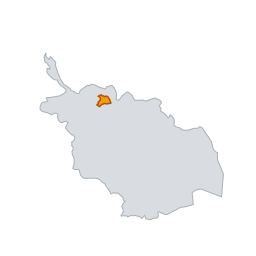 where Laghman sits in Afghanistan, rotated 254°
{"feature_id": "AFG-1770", "entity_name": "Laghman", "entity_type": "Province", "adm_level": 1, "iso_a3": "AFG", "parent_name": "Afghanistan", "parent_adm1": "", "projection": "equal_earth", "projection_center": [70.121, 34.819], "detail": "fine", "context": "in_parent", "style": "filled", "palette": "amber", "viewbox_px": 256, "rotation_deg": 254, "n_neighbors": 0, "source": "natural_earth", "source_scale": "10m", "svg_char_len": 4778}
<svg xmlns="http://www.w3.org/2000/svg" viewBox="0 0 256 256"><g transform="rotate(254 128 128)"><path d="M113.5,67.7L118.1,67.2L121.2,67.8L122.8,69.5L124.4,70.0L126.0,69.1L127.0,69.0L127.4,69.5L128.2,69.8L129.4,69.7L130.0,70.1L130.2,71.2L131.1,72.5L132.7,74.0L134.1,74.4L136.0,73.2L136.6,73.3L136.9,72.9L137.1,72.0L138.2,71.2L140.3,70.4L141.5,69.7L141.9,69.1L142.6,69.0L143.4,69.1L143.9,68.9L144.3,68.1L145.1,67.8L145.7,68.0L148.5,70.8L149.6,71.7L150.1,71.6L151.6,70.0L151.8,68.6L151.4,66.7L151.6,65.2L152.6,64.1L154.3,63.4L156.8,63.1L158.4,63.3L158.9,63.9L159.7,64.2L160.7,64.3L161.6,63.6L162.4,62.2L162.4,60.5L161.7,58.4L161.9,57.8L163.2,56.8L164.5,55.2L165.8,53.2L167.1,50.8L168.6,49.3L170.4,48.7L172.7,49.4L175.3,51.3L176.3,53.6L175.7,56.4L175.6,57.9L176.2,58.2L179.1,57.6L179.5,58.0L179.5,58.8L179.1,60.0L178.6,63.3L177.7,71.4L179.0,76.2L179.9,78.1L180.8,78.8L181.6,79.0L182.5,78.8L184.3,77.6L187.1,75.3L189.7,73.9L193.6,73.1L194.8,70.6L196.6,69.0L200.7,66.6L202.9,65.7L204.1,65.5L207.2,66.4L207.4,67.1L207.2,67.9L206.4,68.6L206.1,69.1L206.4,69.5L207.7,69.6L213.0,67.9L214.2,66.5L215.4,66.4L217.7,67.0L219.4,66.8L220.3,67.5L222.5,69.6L221.8,69.7L220.8,69.3L220.3,68.6L218.2,69.5L215.8,70.9L215.8,71.2L218.0,73.2L213.5,75.3L211.5,76.5L211.1,76.6L208.0,75.5L199.6,75.8L193.2,76.5L190.7,77.6L188.3,78.1L187.1,78.7L186.3,79.8L182.8,82.4L182.2,83.3L180.2,83.2L178.2,85.7L175.2,88.6L174.6,90.0L175.0,90.7L176.6,91.8L177.4,92.8L178.5,95.7L179.0,97.7L179.7,98.6L180.1,101.0L179.3,102.4L179.3,103.0L180.3,104.9L180.1,105.4L179.4,106.3L178.2,108.6L176.1,110.4L175.2,111.9L173.7,113.6L173.1,115.0L172.5,115.8L171.8,116.2L172.0,117.0L172.6,118.0L173.5,119.0L173.5,123.4L173.0,124.6L170.3,125.8L167.7,126.3L164.6,126.4L163.4,126.2L159.0,124.6L157.7,125.4L157.4,127.3L159.9,130.4L160.9,132.1L162.0,135.1L162.9,136.6L162.6,138.0L158.0,141.1L155.2,141.4L153.4,141.9L152.5,142.7L151.8,146.0L151.2,147.2L151.2,148.6L150.6,150.3L149.7,151.3L149.0,153.0L149.5,161.8L146.9,165.3L145.4,166.6L144.0,167.2L142.9,167.0L141.4,165.0L140.4,164.2L139.4,164.4L138.3,165.1L136.7,164.8L135.3,164.1L134.6,164.2L134.2,164.9L132.7,166.4L128.9,168.7L127.4,168.9L126.8,169.5L127.0,170.4L127.7,171.2L128.8,171.7L128.9,172.3L127.0,173.5L125.1,174.3L122.8,174.6L120.6,174.1L119.4,173.1L118.0,173.0L116.7,173.8L115.4,175.0L113.6,178.1L110.9,180.0L110.2,182.0L109.3,185.5L109.5,190.6L109.2,192.9L108.6,194.4L108.7,195.6L109.5,196.9L109.2,197.8L108.4,198.7L107.7,199.3L93.0,204.2L90.7,204.4L89.4,204.2L85.3,204.1L83.6,204.5L81.9,205.2L80.6,206.0L79.6,207.3L77.9,206.6L72.4,205.3L57.7,207.0L56.3,206.6L36.0,198.9L49.1,181.5L49.5,180.0L49.6,177.2L49.0,173.4L47.7,171.7L36.6,169.7L36.3,166.7L36.5,165.4L36.4,162.9L36.5,160.9L37.1,157.7L37.2,156.3L34.1,142.0L34.2,140.6L36.4,137.4L39.1,134.2L39.0,133.6L37.7,133.2L35.7,133.2L34.6,132.7L33.8,131.8L33.5,130.5L34.2,128.3L33.8,123.8L36.0,120.1L39.3,119.9L37.7,117.2L37.4,116.9L37.2,116.4L37.4,116.0L38.3,115.8L40.3,114.1L40.4,113.1L42.1,110.6L42.0,109.4L43.2,106.4L42.7,104.4L42.6,103.3L43.8,102.6L44.7,99.8L45.1,99.2L45.2,98.5L45.0,97.3L46.1,97.2L47.0,98.6L48.5,100.1L49.5,100.6L50.8,100.8L53.7,100.3L54.3,100.4L57.2,103.0L57.7,103.7L57.9,104.8L58.4,105.1L59.4,104.0L60.5,103.7L62.4,104.0L63.4,103.6L68.3,100.3L68.7,98.2L69.2,97.0L69.9,96.3L69.2,93.9L69.5,93.4L70.1,93.2L71.7,93.2L79.1,90.5L81.0,90.5L81.5,90.3L81.6,89.6L82.2,88.8L85.7,86.9L87.7,84.9L88.5,83.4L92.0,71.3L93.8,70.2L95.6,69.5L101.6,69.3L102.8,65.6L103.3,64.7L104.4,63.8L108.8,66.5L113.5,67.7Z" fill="#d9dde1" stroke="#a8b0b8" stroke-width="1"/><path d="M156.6,118.3L156.6,117.9L156.6,117.5L156.6,117.3L156.8,116.9L156.9,116.7L157.0,116.4L157.0,116.2L156.8,115.7L156.8,115.3L157.0,115.0L157.1,114.9L157.1,114.7L157.2,114.0L157.2,113.8L157.2,113.6L157.3,113.4L157.4,113.1L158.0,112.6L158.2,112.3L158.2,112.1L158.2,111.9L157.8,110.6L158.0,110.2L157.9,109.6L157.8,109.3L157.4,108.6L157.3,108.3L157.3,108.1L157.2,107.9L157.1,107.7L156.7,107.3L156.5,106.7L156.6,106.4L156.6,106.2L156.8,106.0L156.9,105.9L157.0,105.9L157.5,105.6L157.9,105.4L158.1,105.2L158.6,104.4L158.7,104.2L158.8,104.0L158.8,104.3L159.2,104.9L159.2,105.0L159.3,105.2L159.3,105.9L159.5,106.2L159.6,106.3L160.0,106.3L161.1,106.5L161.4,106.8L161.6,107.6L162.0,108.1L162.2,108.4L162.5,109.1L163.3,109.3L163.9,109.7L164.1,109.7L164.9,109.5L165.6,109.2L165.8,109.1L166.4,108.5L166.6,108.2L166.8,108.4L166.9,108.6L166.9,108.8L166.9,109.0L167.0,109.3L167.1,109.7L167.2,110.0L167.2,110.3L167.2,111.0L167.2,111.5L166.8,111.7L166.3,111.9L165.9,112.3L165.8,112.5L165.7,112.7L165.6,113.4L165.5,113.5L164.8,113.8L164.4,114.1L164.7,115.2L164.6,115.5L164.6,115.8L164.3,116.5L163.9,116.8L163.8,117.0L163.1,117.4L162.4,117.6L161.0,117.9L160.2,118.3L159.2,118.1L158.5,118.3L157.0,118.5L156.6,118.3Z" fill="#f59e0b" stroke="#b45309" stroke-width="1.5"/></g></svg>